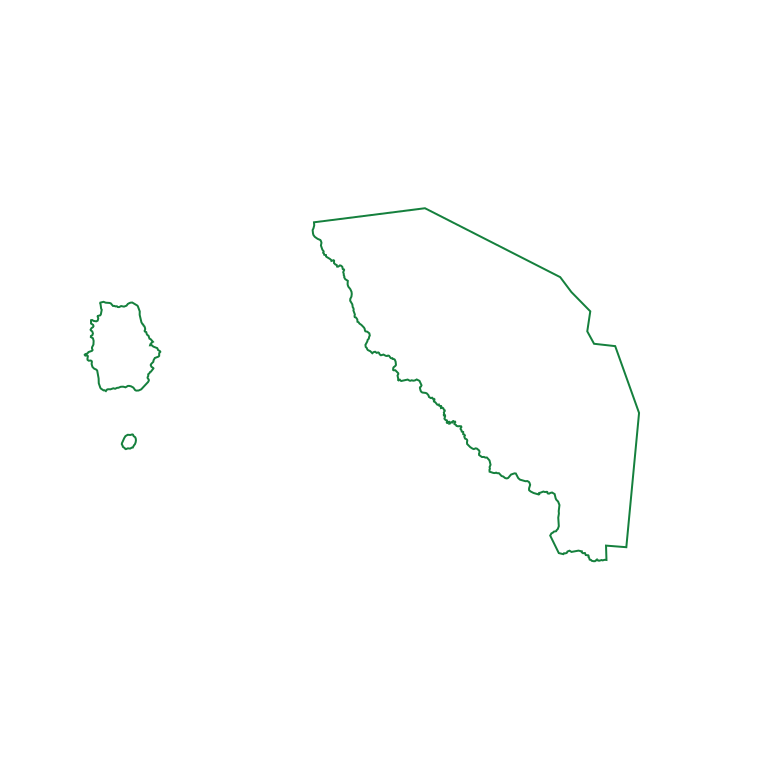 Rai Coast District, Madang, Papua New Guinea, rotated 207°
{"feature_id": "67681753B12323407332592", "entity_name": "Rai Coast District", "entity_type": "district", "adm_level": 2, "iso_a3": "PNG", "parent_name": "Papua New Guinea", "parent_adm1": "Madang", "projection": "robinson", "projection_center": [146.508, -5.549], "detail": "fine", "context": "isolated", "style": "outline", "palette": "green", "viewbox_px": 768, "rotation_deg": 207, "n_neighbors": 0, "source": "geoboundaries", "source_scale": "gbopen_adm2", "svg_char_len": 6167}
<svg xmlns="http://www.w3.org/2000/svg" viewBox="0 0 768 768"><g transform="rotate(207 384 384)"><path d="M427.3,559.2L519.8,496.3L518.2,493.7L517.5,490.5L517.5,488.8L515.6,485.9L514.5,484.7L512.5,483.7L509.1,483.2L506.1,483.4L504.9,482.6L503.8,481.4L503.1,478.8L499.9,475.7L498.0,474.8L497.8,473.3L497.0,473.2L495.9,472.0L494.2,472.5L493.7,471.5L493.1,471.2L489.0,470.9L487.3,470.5L486.7,469.8L485.1,471.4L484.5,471.3L483.4,469.0L481.5,468.4L480.3,468.6L479.0,467.3L478.0,467.9L477.1,469.7L475.9,469.9L474.4,469.5L472.9,467.7L471.8,467.9L471.3,467.5L471.1,465.1L469.7,463.7L469.4,462.8L468.2,461.9L467.8,460.9L466.1,459.8L463.1,459.5L461.8,456.5L461.0,455.5L459.9,454.5L457.2,453.3L454.8,451.4L453.6,449.6L452.7,447.1L452.7,444.6L451.9,442.8L448.4,440.6L446.7,438.2L445.6,437.6L444.8,436.5L444.6,435.6L441.5,432.7L441.1,431.1L440.4,430.3L439.1,430.5L437.1,429.4L435.9,427.4L434.7,427.5L433.3,426.7L431.0,426.4L427.5,425.2L426.4,424.5L425.3,423.1L424.5,422.5L422.6,423.0L420.1,422.5L418.7,420.8L418.6,419.0L418.1,417.5L418.6,415.9L418.2,414.4L418.3,410.4L417.1,408.7L415.8,408.3L414.5,407.2L413.6,406.9L411.1,407.0L408.4,406.1L407.8,407.6L406.6,408.7L404.7,408.4L403.5,409.5L402.7,409.5L401.2,408.4L399.8,408.2L397.8,410.0L395.4,409.9L394.0,410.3L393.3,411.2L392.3,411.4L389.8,410.2L388.8,410.3L388.2,410.8L387.4,410.3L386.4,410.7L385.5,410.6L383.8,409.2L382.0,406.4L382.1,405.3L383.0,403.3L383.0,402.4L382.3,400.7L381.6,400.6L380.1,401.4L376.3,400.1L375.8,399.5L375.8,397.7L373.7,395.1L373.2,393.9L372.7,393.8L371.9,395.0L370.7,394.5L369.9,394.6L364.9,398.7L362.7,398.6L361.8,399.0L361.0,399.9L359.5,400.2L358.1,401.2L356.9,402.9L353.8,402.9L350.0,399.9L349.9,398.5L350.4,397.6L350.3,396.9L348.4,394.7L347.3,394.0L346.0,393.8L342.7,395.0L341.4,395.0L339.2,394.1L338.1,392.9L336.0,392.7L334.9,393.6L333.9,393.0L332.8,393.5L332.1,393.3L331.8,392.5L332.1,391.9L331.6,391.1L329.9,391.0L327.3,389.8L326.4,389.9L325.8,390.6L324.8,389.7L323.1,390.3L322.8,390.0L322.9,389.2L322.3,388.4L321.0,389.4L320.2,389.3L318.7,388.1L317.9,388.1L317.6,387.4L317.8,385.9L316.9,384.8L316.9,384.0L316.4,383.2L315.4,383.8L314.9,383.1L314.4,380.5L312.9,379.9L311.4,380.1L310.8,379.4L310.8,378.5L310.4,378.0L309.8,378.1L309.6,379.3L308.8,379.9L308.1,379.5L307.8,378.3L307.4,378.5L307.2,379.9L306.8,380.5L305.8,380.5L305.6,380.8L305.8,382.0L305.3,382.5L304.2,382.3L303.5,382.7L303.2,382.4L303.4,380.8L303.1,380.3L301.4,380.2L300.4,379.6L298.8,379.9L297.9,380.6L296.1,381.3L295.5,380.8L295.6,379.2L295.2,378.5L294.0,378.0L293.1,376.9L291.7,377.2L290.6,375.2L289.4,375.4L288.5,374.8L288.6,373.6L287.1,372.2L285.3,372.2L284.6,371.9L284.0,371.2L283.7,369.9L282.7,368.3L278.5,366.9L275.8,366.6L274.4,366.8L273.1,368.3L271.8,368.6L269.0,367.9L267.9,366.7L267.7,365.0L267.0,363.9L263.6,363.4L261.8,364.4L260.4,364.4L258.9,365.2L255.3,363.8L252.4,360.4L252.2,357.9L251.1,356.5L251.1,355.4L250.1,353.8L246.2,354.4L244.7,355.0L243.9,355.9L242.7,355.9L241.1,356.7L237.5,355.4L235.7,355.7L233.5,355.2L232.4,355.4L231.6,355.7L230.7,356.7L229.7,361.0L227.2,363.6L225.9,364.1L221.7,361.1L219.4,360.5L213.8,361.6L212.2,362.6L210.4,362.5L209.5,362.0L208.0,360.5L207.4,357.0L206.9,355.9L206.4,355.2L204.5,354.8L201.2,354.8L196.0,355.8L195.7,356.2L196.4,356.9L196.3,357.4L195.4,358.0L193.2,360.5L191.6,360.8L189.9,361.9L189.5,361.9L188.6,360.9L188.1,360.9L187.1,361.3L186.3,362.5L185.0,363.6L182.0,363.4L179.1,360.0L177.9,359.1L175.5,358.3L172.7,355.8L170.6,350.0L169.3,347.9L168.1,344.1L163.7,336.7L163.3,333.7L163.8,332.2L163.8,331.0L165.7,329.5L166.0,328.3L167.0,326.9L167.1,324.4L151.5,312.7L147.0,313.8L146.7,315.0L146.0,315.1L144.7,316.2L144.4,316.9L144.5,318.0L143.0,319.7L140.7,319.5L135.1,323.8L131.7,324.7L131.4,323.8L129.8,323.6L128.3,324.6L126.6,323.2L124.2,324.1L123.4,323.5L123.3,322.7L122.3,322.2L121.0,320.9L119.7,321.2L118.7,320.8L117.0,321.2L115.6,321.9L114.6,324.2L114.0,323.7L113.0,324.2L112.2,324.1L110.1,326.0L109.1,326.1L107.5,327.6L105.9,328.2L112.8,340.8L94.0,348.6L143.6,474.0L195.2,522.7L215.1,515.2L226.8,523.2L233.2,542.4L258.8,551.0L275.5,559.2L427.3,559.2ZM634.2,251.4L631.0,251.0L630.1,251.6L628.6,251.4L628.3,253.2L627.7,253.9L625.3,255.1L623.2,257.3L621.4,257.7L620.1,259.4L618.9,260.1L617.3,262.0L615.2,263.2L612.8,263.7L611.3,266.0L610.3,266.6L608.3,267.1L605.7,267.0L603.0,265.6L601.8,265.6L599.7,266.8L597.9,269.0L595.1,278.7L595.1,280.3L595.7,281.2L597.2,281.9L597.7,282.6L597.7,284.1L598.5,285.6L597.9,287.0L597.9,288.3L597.3,289.1L596.5,293.2L596.8,293.5L599.1,293.8L600.5,295.0L600.5,296.3L599.6,299.0L600.1,300.5L600.0,303.1L597.4,306.0L597.1,307.0L598.3,309.4L597.9,311.1L598.4,311.5L600.7,311.7L602.3,313.0L606.5,312.6L608.6,313.1L610.0,312.3L610.2,313.5L609.7,314.1L609.9,315.3L609.0,316.7L612.3,318.0L613.5,317.9L615.8,320.1L617.3,320.3L618.2,320.9L619.4,322.3L620.9,322.2L621.4,322.6L621.6,324.2L622.1,325.1L623.6,326.6L624.9,326.9L625.5,327.7L626.3,327.7L628.1,328.8L633.1,334.7L634.6,337.8L638.6,341.5L639.4,341.9L645.3,342.3L646.9,341.3L648.1,339.8L648.6,339.0L649.0,336.9L650.8,334.9L653.6,334.1L654.9,332.3L656.2,331.7L657.3,332.0L658.6,331.2L659.6,331.2L660.9,330.5L664.0,331.8L665.4,331.6L668.9,330.1L671.2,329.9L673.7,327.7L673.5,327.0L672.7,326.3L670.2,322.7L669.2,322.0L667.9,317.5L668.0,316.4L669.9,314.7L669.8,314.1L668.4,312.8L667.9,310.5L668.7,309.3L669.7,308.9L671.4,308.4L673.2,308.5L674.0,307.8L672.5,304.9L670.0,304.6L669.1,303.7L669.1,302.6L670.0,300.9L670.1,299.2L669.6,298.7L667.8,298.4L666.3,296.9L666.0,295.2L666.9,293.7L666.5,292.7L664.1,292.6L662.3,290.6L660.8,287.2L660.8,284.1L660.3,283.1L659.1,282.0L659.3,280.9L661.8,278.3L662.1,276.6L663.7,275.0L663.9,274.1L663.0,273.7L661.5,274.6L660.5,274.4L659.6,271.6L659.0,270.9L657.7,270.7L655.9,271.8L654.9,271.7L654.3,271.1L653.6,269.1L651.6,266.9L649.3,266.1L647.0,266.2L645.7,265.8L640.8,259.4L638.5,255.2L635.1,251.9L634.2,251.4ZM585.3,208.8L584.4,208.8L583.0,210.4L580.9,211.2L579.6,213.1L579.0,213.3L578.9,216.2L578.6,217.1L578.8,219.2L579.4,221.1L580.3,222.5L581.5,223.6L583.4,223.9L584.7,224.9L585.4,224.8L586.9,223.4L589.3,222.4L590.7,220.2L590.9,217.9L590.6,212.1L590.2,211.2L588.9,210.4L588.2,209.5L586.0,209.2L585.3,208.8Z" fill="none" stroke="#15803d" stroke-width="2"/></g></svg>